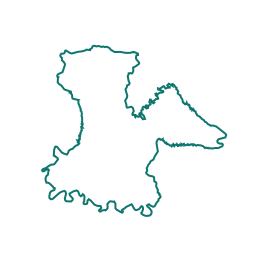 the district of Bokong, Thaba-Tseka, Lesotho, rotated 76°
{"feature_id": "5366337B35229058377929", "entity_name": "Bokong", "entity_type": "district", "adm_level": 2, "iso_a3": "LSO", "parent_name": "Lesotho", "parent_adm1": "Thaba-Tseka", "projection": "orthographic", "projection_center": [28.644, -29.377], "detail": "fine", "context": "isolated", "style": "outline", "palette": "teal", "viewbox_px": 256, "rotation_deg": 76, "n_neighbors": 0, "source": "geoboundaries", "source_scale": "gbopen_adm2", "svg_char_len": 5897}
<svg xmlns="http://www.w3.org/2000/svg" viewBox="0 0 256 256"><g transform="rotate(76 128 128)"><path d="M161.4,220.3L161.4,219.5L162.4,217.9L166.6,215.1L168.2,214.7L168.8,213.6L170.4,214.5L170.7,217.6L171.7,219.2L174.8,220.7L176.8,221.2L178.5,220.1L178.7,218.5L174.3,210.0L173.7,207.4L173.7,204.7L175.0,204.0L177.0,204.1L181.0,206.3L182.8,206.4L183.8,206.0L184.3,205.1L185.5,201.0L184.7,199.4L183.2,198.6L179.2,200.7L177.5,200.6L176.2,195.8L176.2,192.9L177.6,191.7L181.3,191.3L182.8,190.3L182.8,189.6L181.3,187.9L182.4,187.1L184.1,186.8L188.1,188.1L189.7,189.2L190.8,189.3L191.6,188.1L191.5,186.0L188.6,184.7L187.6,183.2L189.6,181.6L194.4,179.0L196.4,176.1L196.6,174.6L197.4,173.3L199.0,173.3L199.7,173.9L200.3,175.4L201.3,176.2L202.4,175.3L202.4,174.5L201.7,173.0L202.0,170.3L202.5,169.8L201.8,168.3L200.7,167.1L196.8,166.4L195.2,164.2L194.8,163.0L196.1,159.8L196.0,159.2L198.4,158.5L202.9,159.6L204.4,158.9L208.5,154.6L208.7,153.9L207.8,153.1L206.3,153.8L205.8,153.2L205.4,151.3L204.1,148.8L202.9,142.9L208.5,141.3L209.2,140.8L209.7,139.7L209.4,136.9L207.1,133.9L207.6,133.0L209.5,132.8L210.5,133.1L213.3,135.0L213.5,135.6L214.3,135.7L216.3,134.0L217.7,131.7L218.2,128.5L217.7,127.0L216.6,125.9L214.5,125.2L211.1,126.5L209.0,128.1L207.6,128.3L207.1,126.4L207.3,125.8L208.2,125.5L210.5,122.8L210.4,121.0L207.4,118.4L205.8,116.0L204.5,115.6L203.0,113.2L201.7,113.0L200.8,113.7L199.6,113.3L199.3,114.0L198.3,113.9L197.8,114.8L195.4,114.0L191.6,114.8L188.4,113.8L187.3,114.1L186.1,115.4L182.2,114.6L181.0,115.6L179.3,119.1L176.9,121.0L175.7,121.2L174.1,119.7L171.6,119.6L168.7,117.2L167.0,115.0L165.9,114.3L164.7,110.9L162.0,108.9L158.0,104.7L149.9,104.1L148.0,103.4L146.4,101.9L145.9,100.5L146.2,99.8L147.1,99.6L147.5,98.8L147.2,98.3L147.7,97.4L147.3,96.9L148.8,97.0L149.1,96.3L150.9,95.9L151.3,94.6L151.9,95.0L152.6,93.9L153.1,94.1L153.7,92.6L155.2,91.4L155.4,90.5L156.3,90.1L155.0,89.0L156.4,87.9L156.0,87.8L156.2,87.5L155.5,87.4L156.2,87.0L155.8,86.6L155.7,85.4L156.3,85.0L156.2,84.5L157.6,84.0L157.6,83.5L156.6,83.6L157.4,83.0L156.6,82.0L157.8,80.9L156.4,80.2L157.5,79.5L157.1,79.1L156.9,77.6L158.4,77.7L158.2,77.0L158.7,76.6L158.7,75.8L158.2,74.5L158.8,74.2L158.5,73.5L158.9,72.9L159.4,72.9L159.4,71.2L159.0,70.7L159.6,69.9L159.4,69.0L160.7,68.9L160.2,67.5L161.7,66.1L161.3,64.7L162.7,61.1L164.1,59.3L166.1,58.2L165.8,57.1L166.6,56.2L166.6,55.1L167.2,54.9L167.5,53.0L168.2,51.5L168.6,47.7L169.3,45.5L168.5,40.9L167.2,40.0L166.3,40.2L165.8,40.9L165.5,42.5L164.4,44.0L163.2,44.6L162.2,44.5L161.0,43.3L160.8,42.6L160.7,35.8L158.5,34.4L157.2,34.8L147.9,42.0L146.4,44.4L145.6,47.5L145.0,47.7L143.6,49.5L141.5,50.6L140.6,51.8L138.6,52.6L137.0,54.3L136.2,54.4L135.1,55.4L134.5,55.4L132.4,57.9L131.1,58.0L130.1,58.6L128.3,58.4L127.5,59.7L126.4,59.7L126.4,61.4L125.0,60.5L124.8,62.6L123.9,62.1L123.3,63.2L121.7,62.8L120.7,63.8L120.1,63.2L119.3,64.7L118.0,64.9L119.0,65.4L118.9,66.6L118.6,67.1L117.9,67.0L117.3,68.0L116.4,68.1L116.2,68.6L113.8,68.3L110.5,69.3L109.0,69.2L107.4,70.9L106.1,71.4L104.8,70.4L102.7,71.1L102.1,71.8L100.7,71.2L100.0,72.0L97.4,72.9L96.1,74.1L96.3,75.1L97.7,74.9L94.9,77.7L96.1,79.6L97.5,79.0L98.2,77.6L98.9,77.7L98.5,80.1L98.8,81.5L98.6,82.2L96.4,82.8L96.0,83.4L97.7,87.8L96.8,89.3L97.9,89.5L100.6,85.0L101.3,84.9L101.7,85.3L101.9,86.6L101.4,88.1L102.1,90.5L102.9,91.3L102.7,91.8L101.4,92.2L101.5,93.1L103.0,93.1L105.5,91.6L106.9,91.7L106.7,94.0L107.4,95.0L107.9,96.9L108.5,97.1L109.7,96.3L110.2,97.4L108.6,98.6L106.0,99.0L105.7,99.7L108.2,101.1L109.9,100.2L110.6,100.4L111.3,102.9L110.4,104.9L110.7,105.3L111.5,104.9L112.5,103.3L113.4,103.6L113.5,105.4L111.6,106.8L111.1,107.9L111.5,108.8L112.9,109.3L113.6,109.0L114.1,110.8L116.0,111.1L116.7,113.4L117.7,113.9L118.5,113.0L117.9,111.2L118.2,110.7L120.1,109.7L123.3,109.3L123.1,111.5L120.5,112.5L119.8,113.4L119.6,115.4L118.2,116.9L119.3,118.2L118.6,118.4L117.1,117.8L116.6,119.2L116.7,120.0L116.3,120.5L115.1,120.2L113.0,118.3L109.8,118.4L108.2,119.6L108.1,123.9L106.7,124.3L104.7,123.9L100.9,124.2L98.4,121.8L96.6,120.9L89.9,121.1L88.1,119.3L86.4,118.5L86.2,116.6L85.0,115.6L82.3,116.0L77.5,115.7L75.8,114.2L75.1,114.1L75.4,112.1L76.0,111.3L75.9,110.6L74.2,109.1L70.6,108.4L69.9,105.3L68.3,101.6L67.3,101.4L63.5,103.2L62.0,103.4L60.0,102.6L59.5,102.0L59.6,100.6L58.2,100.4L55.7,103.8L55.9,104.1L55.5,104.6L55.7,105.0L55.4,105.7L55.7,107.2L54.5,112.2L52.4,116.8L51.0,122.7L48.0,125.7L46.0,126.6L44.1,128.8L43.8,131.1L43.0,132.0L43.0,133.9L41.4,136.5L41.2,138.8L40.0,141.0L40.1,142.4L42.0,144.1L42.3,145.7L43.2,146.0L41.9,149.5L42.4,150.8L42.5,154.1L42.0,158.0L42.1,164.6L41.1,166.2L37.8,169.5L37.8,170.2L39.9,171.5L40.2,172.4L39.8,175.0L41.1,176.1L42.6,176.1L43.8,175.2L46.3,175.7L48.8,174.2L50.5,173.7L51.5,173.9L57.9,178.0L59.0,183.0L60.0,184.0L61.2,184.1L61.8,183.2L62.6,183.9L66.8,185.2L68.9,184.1L70.6,182.4L75.2,180.4L78.9,174.6L79.5,174.7L79.8,175.8L80.6,174.8L81.2,174.9L82.1,174.3L85.5,174.8L86.3,174.3L88.8,169.3L89.1,169.9L89.8,169.6L92.1,170.1L98.2,169.3L99.7,169.8L100.6,169.2L103.0,169.3L105.1,170.2L106.2,169.9L110.2,170.8L110.5,171.2L112.3,171.0L112.5,171.6L113.1,171.3L113.4,171.9L114.0,171.4L115.6,172.4L116.4,172.1L116.1,172.7L116.7,172.5L116.7,173.2L119.0,173.3L119.3,174.0L120.2,174.2L121.5,175.6L122.2,175.4L123.2,176.0L123.1,176.8L123.8,177.3L124.1,176.7L125.0,176.6L125.6,177.4L127.1,177.3L127.6,177.9L127.2,178.5L128.3,179.6L128.0,180.1L128.8,179.9L129.1,179.1L130.0,180.1L131.0,178.9L131.4,179.2L132.4,181.1L132.5,182.6L133.4,184.7L134.7,186.5L134.9,188.6L135.7,190.9L137.6,192.2L139.0,193.7L137.4,196.3L135.7,198.2L129.1,201.4L128.5,202.5L128.6,203.2L131.0,204.8L136.8,206.7L137.5,206.2L137.5,205.7L140.4,203.6L141.5,203.5L145.2,208.2L145.4,209.3L145.0,211.0L145.4,213.2L147.1,217.8L147.2,220.2L148.2,221.6L149.3,221.3L149.6,220.1L148.4,216.1L148.7,215.4L149.8,214.9L150.4,215.6L153.9,216.9L154.8,218.7L156.7,220.1L158.9,220.6L161.4,220.3Z" fill="none" stroke="#0f766e" stroke-width="2"/></g></svg>